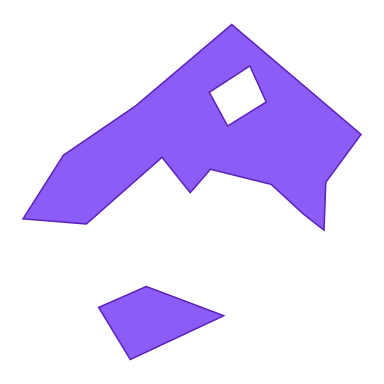 Saint George's, orthographic projection
{"feature_id": "BMU-5140", "entity_name": "Saint George's", "entity_type": "state/province", "adm_level": 1, "iso_a3": "BMU", "parent_name": "Bermuda", "parent_adm1": "", "projection": "orthographic", "projection_center": [-64.685, 32.358], "detail": "fine", "context": "isolated", "style": "filled", "palette": "violet", "viewbox_px": 384, "rotation_deg": 0, "n_neighbors": 0, "source": "natural_earth", "source_scale": "10m", "svg_char_len": 414}
<svg xmlns="http://www.w3.org/2000/svg" viewBox="0 0 384 384"><path d="M23.0,218.9L63.4,155.2L135.6,105.9L231.7,24.5L361.0,134.4L325.8,182.3L324.0,230.2L302.9,213.6L271.2,184.4L210.4,169.3L190.2,192.7L162.0,157.3L86.3,224.0L23.0,218.9ZM227.6,126.0L266.2,102.0L249.9,65.9L209.3,92.3L227.6,126.0ZM146.2,286.5L223.7,315.7L130.3,359.5L98.6,307.4L146.2,286.5Z" fill="#8b5cf6" stroke="#5b21b6" stroke-width="1.5"/></svg>